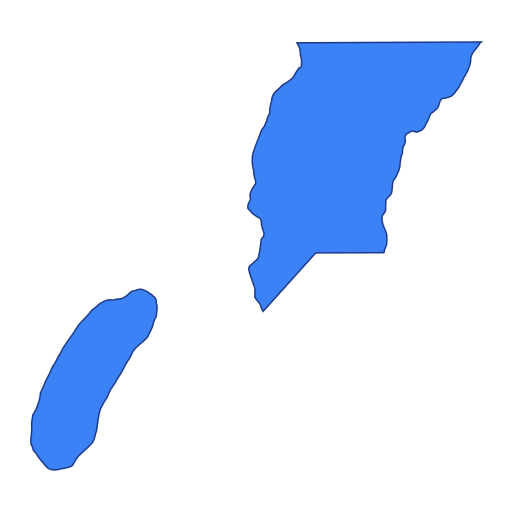 outline of South Thiladhunmathe, Maldives
{"feature_id": "70690204B40080676832228", "entity_name": "South Thiladhunmathe", "entity_type": "district", "adm_level": 2, "iso_a3": "MDV", "parent_name": "Maldives", "parent_adm1": "", "projection": "albers", "projection_center": [72.871, 6.495], "detail": "fine", "context": "isolated", "style": "filled", "palette": "blue", "viewbox_px": 512, "rotation_deg": 0, "n_neighbors": 0, "source": "geoboundaries", "source_scale": "gbopen_adm2", "svg_char_len": 4459}
<svg xmlns="http://www.w3.org/2000/svg" viewBox="0 0 512 512"><path d="M383.9,252.7L384.2,252.0L384.3,251.2L384.4,249.8L385.1,248.6L385.7,246.9L386.5,245.0L386.7,243.0L386.9,239.9L386.7,234.9L385.8,231.6L384.5,228.4L383.0,224.9L382.2,221.2L381.9,218.3L382.3,215.9L383.4,214.1L384.6,212.7L385.4,210.9L385.7,208.8L385.6,206.7L385.7,204.8L385.8,202.2L385.8,200.6L386.8,198.7L388.3,196.9L390.0,195.3L391.4,193.6L391.9,190.7L392.3,187.4L392.5,184.3L392.8,182.3L393.8,179.9L396.0,176.8L396.9,174.7L398.0,172.3L398.8,170.6L399.2,168.9L399.8,167.0L400.0,165.0L400.2,162.4L400.6,159.9L401.0,157.3L402.5,152.8L402.5,151.3L402.6,149.4L402.9,147.5L403.4,146.5L404.1,145.2L404.6,144.1L405.0,142.9L405.3,140.6L405.1,139.0L405.0,137.6L405.1,136.4L405.4,135.6L406.5,134.0L408.5,132.9L411.0,131.4L412.6,131.0L413.5,131.4L414.8,131.6L416.2,132.1L418.2,131.8L420.5,130.6L422.2,129.7L423.9,127.9L424.8,126.6L425.6,124.7L426.3,123.3L427.3,121.7L427.9,120.3L428.5,118.9L429.4,116.9L429.8,115.5L430.4,114.4L431.4,113.1L432.6,112.4L433.9,111.3L435.6,109.7L437.1,108.6L438.7,105.7L439.5,102.7L440.4,100.5L442.0,98.4L444.7,98.2L446.6,97.8L448.9,97.1L450.9,96.4L452.6,95.1L454.5,93.1L456.1,90.9L457.3,89.5L458.6,87.6L459.6,85.7L461.0,83.2L462.6,80.3L463.6,77.9L464.8,76.0L465.9,73.9L467.3,71.5L468.2,69.3L469.2,66.9L469.8,65.3L470.2,63.7L470.5,62.1L470.6,60.4L470.7,58.8L470.9,57.8L471.2,56.0L471.6,55.2L472.6,53.2L473.0,52.4L474.1,51.0L474.9,50.1L476.1,48.6L477.1,47.3L478.3,45.7L480.2,42.9L481.3,42.0L297.0,42.8L298.3,45.4L299.4,47.5L300.2,51.5L300.5,55.2L301.1,57.9L301.5,60.0L301.5,62.8L301.5,65.1L301.2,66.7L300.8,67.4L299.1,67.9L298.1,69.1L296.8,71.2L295.4,73.4L293.7,76.4L292.7,77.9L290.2,80.1L288.3,81.4L286.0,83.0L284.3,83.9L282.1,85.3L280.4,87.2L278.7,88.9L276.6,90.6L274.5,92.7L273.3,94.5L272.4,96.7L271.7,99.1L271.5,101.8L270.7,104.1L270.4,105.7L270.1,107.1L269.6,110.8L269.8,112.4L269.4,114.1L268.5,115.2L267.4,118.0L266.7,120.7L265.6,123.2L264.5,126.1L262.4,128.8L260.9,131.6L259.6,135.5L257.8,139.9L256.1,144.4L254.7,148.1L253.2,152.5L252.4,156.3L252.2,161.5L252.5,165.0L253.6,170.9L253.8,173.7L254.4,176.7L255.3,179.8L255.8,182.3L255.6,183.6L254.1,185.9L253.2,187.2L251.9,189.5L250.8,191.7L250.2,193.6L250.0,195.6L250.4,198.1L250.4,199.7L249.2,201.8L248.2,204.2L247.8,206.5L248.0,208.6L249.8,210.5L252.6,213.6L255.7,215.8L258.0,217.3L259.7,218.0L260.9,219.8L261.4,222.8L261.7,225.9L262.6,229.0L263.4,231.2L264.0,233.1L263.8,235.8L262.4,237.8L261.1,239.7L260.9,241.9L260.7,244.3L260.1,248.0L259.7,251.4L259.1,253.6L258.8,255.3L258.5,257.0L257.1,259.4L254.6,261.6L252.0,264.1L250.5,265.1L249.4,266.3L248.7,268.6L249.2,271.6L250.3,275.3L251.1,277.6L252.6,281.8L253.7,284.9L254.6,287.4L255.0,289.3L254.9,292.0L254.8,294.9L254.9,297.6L255.8,298.7L257.1,300.3L258.5,302.2L259.9,303.8L260.7,305.9L261.3,307.8L261.9,309.4L262.3,310.3L263.1,311.4L315.7,252.9L383.9,252.7ZM156.8,311.7L157.0,307.6L157.0,305.4L156.2,303.2L156.2,300.4L155.7,298.9L155.0,297.8L153.7,296.6L152.6,295.6L151.5,294.4L150.1,293.9L147.6,291.8L145.6,290.8L143.3,289.9L141.9,289.4L139.9,289.2L137.3,289.8L134.6,290.7L132.0,291.3L130.1,292.5L128.5,294.1L126.9,295.5L124.6,297.0L122.8,298.2L120.9,298.8L117.3,299.0L113.1,300.1L109.6,299.8L106.2,300.3L102.8,302.0L99.6,303.8L94.4,308.3L92.2,309.8L90.4,312.0L89.0,313.8L87.6,315.3L86.0,317.1L79.6,323.8L78.0,325.9L75.8,329.2L72.9,333.9L69.9,338.0L66.5,342.9L62.8,348.4L60.9,352.4L58.3,356.6L55.7,361.8L53.1,365.9L51.3,369.2L49.7,373.3L47.1,378.1L45.1,382.2L43.6,386.2L42.2,389.1L40.5,392.8L40.0,396.6L39.5,399.2L38.6,402.4L36.1,409.3L34.5,412.2L32.9,414.9L32.1,419.4L31.6,424.0L31.8,430.0L31.1,436.9L30.7,441.8L31.4,444.9L32.5,447.1L33.5,450.6L36.0,453.2L38.2,456.9L39.9,458.9L41.1,460.5L42.9,462.6L45.8,466.1L48.0,468.2L50.1,469.2L52.3,469.8L55.5,470.0L58.5,469.4L61.5,468.7L64.0,468.5L65.8,467.8L67.8,467.5L69.8,466.9L71.5,466.1L72.8,465.0L74.1,462.4L76.2,459.0L78.5,456.0L84.3,450.6L87.1,448.1L90.0,445.2L92.5,442.5L94.1,439.4L95.0,436.1L95.6,433.7L96.4,431.1L97.1,427.6L97.3,424.8L97.8,422.1L98.1,419.1L98.8,415.6L100.2,409.4L104.1,402.0L106.8,397.9L108.2,394.7L110.5,389.7L112.8,386.3L114.8,383.3L117.1,379.4L119.1,376.0L121.2,372.8L123.4,368.8L124.9,365.6L126.8,362.5L129.0,359.1L131.2,355.2L132.3,352.5L134.0,350.0L136.2,347.5L138.9,345.0L140.8,343.3L143.0,341.5L145.5,339.2L147.5,337.3L148.7,334.5L151.1,329.7L152.7,326.2L153.3,323.0L154.9,318.9L155.8,317.3L156.5,315.2L156.5,313.4L156.8,311.7Z" fill="#3b82f6" stroke="#1e3a8a" stroke-width="1.5"/></svg>